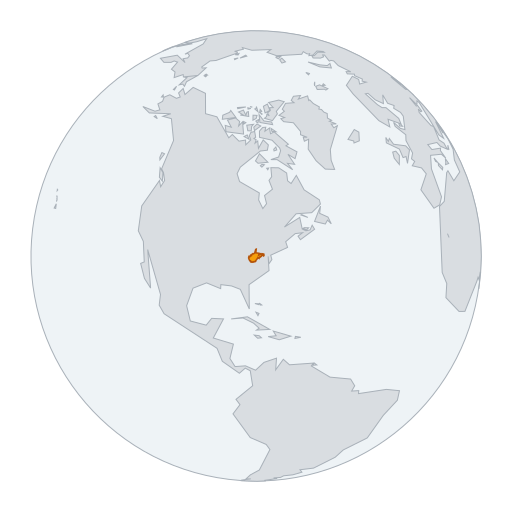 the Earth from above West Virginia, rotated 7°
{"feature_id": "USA-3554", "entity_name": "West Virginia", "entity_type": "State", "adm_level": 1, "iso_a3": "USA", "parent_name": "United States of America", "parent_adm1": "", "projection": "orthographic", "projection_center": [-80.323, 38.926], "detail": "fine", "context": "on_globe", "style": "filled", "palette": "amber", "viewbox_px": 512, "rotation_deg": 7, "n_neighbors": 0, "source": "natural_earth", "source_scale": "10m", "svg_char_len": 12105}
<svg xmlns="http://www.w3.org/2000/svg" viewBox="0 0 512 512"><g transform="rotate(7 256 256)"><circle cx="256" cy="256" r="225" fill="#eef3f6" stroke="#a8b0b8"/><path d="M268.7,480.9L268.2,480.8L272.6,480.1L268.6,480.3L278.0,477.8L273.1,478.6L277.1,473.9L285.4,468.0L293.4,446.4L289.1,441.8L272.4,436.9L252.4,415.5L258.2,405.5L253.6,400.7L268.5,385.2L264.3,370.6L259.0,368.6L253.8,374.4L235.4,364.6L228.6,352.4L171.8,324.5L165.9,316.6L165.9,305.8L147.7,262.8L155.3,300.7L148.0,291.8L142.4,277.4L145.8,275.5L142.4,255.2L136.1,245.3L136.5,220.2L151.0,192.8L152.9,198.9L156.1,192.2L154.0,184.4L151.7,181.0L160.1,151.4L155.3,130.0L146.5,128.7L154.1,125.2L132.7,127.0L125.5,121.4L138.1,124.6L142.8,122.7L140.1,117.0L144.4,113.9L145.5,109.5L150.8,106.5L157.8,109.2L161.4,107.4L159.3,103.6L163.3,98.6L165.8,104.4L173.1,96.3L186.0,100.7L188.6,120.9L200.2,122.6L214.6,142.0L217.7,138.3L225.1,144.1L231.5,142.2L232.3,146.9L236.7,141.4L234.7,137.5L235.9,133.9L239.5,132.6L241.2,138.2L239.6,139.6L242.0,140.6L241.3,144.1L243.7,141.6L245.3,148.9L249.0,139.9L254.7,144.2L254.4,149.6L247.5,151.3L229.6,169.7L227.2,176.6L230.6,184.1L251.6,193.0L251.8,200.1L257.0,208.1L260.1,202.8L257.1,194.9L264.2,187.7L259.7,179.4L261.9,175.4L260.0,166.5L267.8,165.7L276.3,169.9L278.2,177.5L282.0,179.8L286.2,171.1L295.7,184.5L312.0,192.5L313.6,196.6L306.0,206.2L290.7,209.2L280.7,223.8L294.7,212.4L298.6,223.6L302.4,224.9L306.5,223.5L308.0,218.6L310.9,222.3L298.1,234.4L295.3,231.2L299.4,227.2L292.2,229.0L283.7,238.2L286.3,243.6L270.5,253.4L272.2,257.6L269.7,262.4L268.1,254.9L270.7,268.9L252.6,285.3L255.8,309.4L244.5,291.0L235.4,288.7L224.6,288.7L224.9,292.7L210.2,288.7L197.4,295.6L193.2,313.8L198.7,328.5L215.0,330.7L219.6,323.3L231.4,322.4L223.6,342.6L244.3,346.2L242.6,360.9L248.7,368.3L258.9,366.3L269.5,369.4L276.9,360.6L288.8,354.9L289.4,366.6L295.7,355.2L302.5,359.9L326.0,355.3L324.3,358.4L344.2,367.2L364.9,366.6L369.8,372.8L367.4,378.4L374.4,377.1L374.5,380.1L401.7,372.5L414.8,372.2L413.9,381.9L401.8,398.6L388.6,423.0L366.3,437.8L359.1,446.1L339.0,459.5L325.7,462.8L327.9,465.0L319.2,468.7L310.2,470.8L307.3,472.8L300.5,474.1L304.1,474.3L291.6,477.7L293.2,478.0L284.5,479.5L268.7,480.9ZM49.8,233.0L51.4,228.5L51.4,233.2L49.8,233.0ZM51.7,224.5L51.3,226.3L51.5,224.5L51.7,224.5ZM51.4,222.4L51.6,223.9L51.2,222.6L51.4,222.4ZM50.9,220.2L51.3,221.2L51.1,221.2L50.9,220.2ZM254.9,317.4L278.6,327.2L265.5,329.5L267.9,327.3L261.9,323.0L250.7,319.1L239.0,321.5L254.9,317.4ZM50.7,215.4L50.7,214.1L51.2,214.6L50.7,215.4ZM264.8,304.0L260.7,303.3L264.7,303.1L264.8,304.0ZM150.1,180.1L153.5,184.6L153.9,193.1L150.5,189.6L150.1,180.1ZM150.0,164.8L152.8,165.7L148.9,172.3L148.5,169.7L150.0,164.8ZM139.3,128.8L141.3,131.7L137.9,130.0L139.3,128.8ZM144.7,109.5L142.8,109.7L144.2,107.4L144.7,109.5ZM255.9,167.6L257.9,167.1L257.2,169.0L255.9,167.6ZM253.2,164.4L251.0,167.1L249.3,165.9L250.8,164.3L253.2,164.4ZM153.7,100.8L156.5,97.2L154.8,101.2L153.7,100.8ZM256.4,161.5L246.7,163.7L243.9,161.7L247.0,154.1L256.4,161.5ZM158.9,95.5L165.7,87.4L162.1,87.1L176.3,83.9L165.8,91.5L164.3,96.3L162.4,94.3L158.9,95.5ZM232.5,136.9L234.8,140.9L229.6,138.9L232.5,136.9ZM228.8,136.5L211.1,136.3L209.5,130.1L215.8,131.2L211.1,124.5L219.0,121.5L223.4,124.5L222.9,129.0L226.3,124.5L228.8,136.5ZM183.0,83.7L185.7,82.3L184.2,84.3L183.0,83.7ZM236.0,132.4L232.6,132.7L230.9,127.3L237.5,125.6L235.9,127.8L236.0,132.4ZM205.9,124.4L205.9,120.3L212.3,116.6L213.2,114.6L219.1,120.9L205.9,124.4ZM238.1,128.4L240.9,124.9L244.9,126.4L239.2,131.7L238.1,128.4ZM227.7,126.6L227.3,124.0L229.7,124.9L227.7,126.6ZM260.7,130.2L256.6,130.4L255.4,127.5L260.7,130.2ZM241.7,123.6L240.3,123.1L239.4,122.1L242.0,120.2L241.7,123.6ZM223.2,118.0L225.9,117.5L221.1,115.2L225.7,112.7L228.8,117.5L229.4,114.3L230.8,113.6L231.8,118.4L223.2,118.0ZM241.8,115.3L247.4,121.0L255.2,121.1L256.5,123.6L243.6,123.0L241.8,115.3ZM235.9,116.6L239.9,116.3L239.4,119.4L236.4,121.6L235.9,116.6ZM227.8,109.3L219.9,112.0L219.5,110.9L227.8,109.3ZM244.2,114.7L242.8,113.3L244.8,114.3L244.2,114.7ZM232.9,110.2L230.2,111.2L229.8,109.9L232.9,110.2ZM242.3,110.0L244.1,111.7L242.1,113.2L242.3,110.0ZM238.1,109.6L238.2,107.6L240.4,112.6L236.9,110.2L238.1,109.6ZM233.0,108.8L231.9,108.4L234.2,108.6L233.0,108.8ZM248.8,103.8L252.0,109.8L247.6,112.9L245.1,106.5L248.8,103.8ZM436.4,121.0L436.2,120.9L433.5,117.4L433.3,117.2L433.0,116.8L438.0,123.2L436.2,121.3L438.7,124.2L447.7,137.7L455.7,151.8L462.7,166.5L468.6,181.6L473.5,197.1L477.1,213.0L479.7,229.0L481.0,245.2L481.2,261.5L481.0,246.3L480.5,244.3L480.2,252.3L479.0,250.0L478.3,254.0L470.1,285.5L464.3,286.3L449.6,274.2L448.7,260.1L442.8,249.6L432.1,184.5L436.2,178.8L435.1,150.0L436.1,148.0L443.2,157.2L448.0,147.7L441.2,136.5L438.6,126.0L432.3,116.3L417.8,100.7L427.9,116.3L422.8,113.6L409.1,96.2L399.2,83.8L396.9,82.4L397.3,86.3L389.1,80.1L396.8,87.6L398.1,87.0L402.9,92.0L402.0,92.8L399.2,90.4L400.5,93.7L413.8,105.2L416.5,105.9L423.6,118.5L428.8,121.1L432.8,126.7L425.5,124.5L421.7,121.3L412.9,124.5L417.6,128.9L426.1,126.4L426.1,128.8L432.4,135.7L427.6,132.4L417.0,134.8L419.5,148.1L432.9,174.6L432.1,182.9L426.8,186.9L411.6,170.2L415.0,153.7L409.6,148.4L400.1,147.4L402.0,142.8L398.5,140.6L398.9,134.7L390.8,123.2L389.9,117.4L378.3,110.4L376.3,106.6L383.7,111.7L388.4,112.4L385.1,99.2L382.0,95.9L374.7,92.6L374.7,89.8L368.1,88.4L362.1,80.6L363.9,89.2L355.4,86.5L347.3,80.9L344.8,81.7L358.1,91.0L363.1,93.4L366.9,92.9L380.9,102.0L383.8,107.2L370.4,104.2L373.1,111.6L361.5,106.7L332.7,83.4L324.9,75.6L329.7,65.9L336.4,68.2L337.9,72.7L344.2,70.0L340.0,69.5L340.0,67.4L331.9,65.0L331.5,63.5L324.4,64.1L323.0,62.0L327.6,61.6L314.4,57.0L309.3,52.9L306.5,52.7L305.0,53.6L299.5,48.2L297.7,48.3L298.8,50.1L295.9,51.7L288.6,52.5L287.1,50.6L289.5,50.0L292.4,46.2L299.0,45.5L297.7,44.8L291.5,45.1L288.1,49.6L284.1,50.7L284.8,48.1L284.3,49.1L281.8,49.1L278.0,47.4L276.8,50.2L252.1,54.7L242.2,52.5L245.6,49.3L226.8,52.3L217.1,50.8L218.2,52.3L209.8,55.5L212.7,55.9L212.6,56.9L192.5,66.8L186.6,68.0L179.1,75.0L179.6,76.0L183.6,75.3L176.3,83.9L162.1,87.1L161.6,84.8L153.0,88.9L153.2,83.2L149.3,80.9L154.5,73.1L151.0,72.4L148.0,74.2L141.0,75.0L137.0,71.4L153.4,66.3L162.0,72.7L159.6,69.1L164.1,67.7L165.6,65.3L163.6,63.2L160.9,64.3L177.7,52.0L180.6,46.3L170.9,50.6L164.2,52.7L159.0,52.8L162.2,51.2L177.0,45.0L192.3,39.9L207.9,35.9L223.7,33.0L239.8,31.3L255.8,30.7L271.9,31.3L287.9,33.0L303.8,35.8L319.4,39.8L334.7,44.9L349.5,51.1L363.9,58.3L377.8,66.5L391.0,75.7L403.5,85.8L415.3,96.7L426.3,108.5L436.4,121.0ZM443.3,210.5L445.4,214.1L443.3,210.5ZM380.7,68.4L380.1,68.0L377.5,66.3L376.2,65.5L379.8,67.8L378.3,67.6L371.3,63.1L368.0,61.7L370.9,63.8L384.1,72.3L386.3,72.3L392.1,76.5L393.0,77.1L380.7,68.4ZM326.7,355.0L329.6,356.7L325.9,357.5L326.7,355.0ZM263.9,334.7L268.8,334.7L271.4,336.5L267.7,337.4L263.9,334.7ZM304.9,331.0L310.4,331.2L304.7,333.1L304.9,331.0ZM282.3,328.4L300.4,331.3L289.3,336.3L277.9,334.5L285.7,332.7L282.3,328.4ZM262.8,311.8L266.0,312.6L265.2,315.0L262.8,311.8ZM267.7,303.9L266.5,304.2L264.9,302.3L267.7,303.9ZM299.3,222.9L300.4,222.0L304.8,221.6L303.0,223.9L299.3,222.9ZM322.7,208.6L326.8,214.9L322.6,211.7L320.9,215.8L309.9,214.6L313.9,198.6L314.0,205.9L322.7,208.6ZM296.3,209.3L302.8,211.4L295.5,209.8L296.3,209.3ZM379.0,136.2L382.0,134.9L386.0,138.7L387.1,147.7L381.3,142.1L379.0,136.2ZM385.3,132.4L371.6,127.8L370.4,122.5L373.4,126.2L374.0,123.1L378.9,128.3L391.1,128.4L395.4,131.9L395.1,145.6L392.8,139.0L390.0,140.4L385.3,132.4ZM339.0,129.9L333.1,129.1L338.1,118.5L343.0,120.5L344.5,129.1L339.5,131.9L339.0,129.9ZM263.7,148.2L261.1,149.5L260.6,147.9L262.4,145.4L263.7,148.2ZM258.9,130.6L274.5,141.1L272.3,143.0L284.0,147.6L282.9,154.6L275.3,151.2L283.2,160.3L275.9,160.2L281.9,165.9L265.2,157.8L259.0,158.5L266.4,155.0L267.6,148.5L266.3,145.9L257.8,139.1L245.0,137.8L244.2,131.6L247.0,127.6L250.0,127.0L249.6,131.1L253.8,127.3L255.5,132.9L258.9,130.6ZM280.6,91.3L278.9,95.1L287.7,90.8L289.4,95.3L290.3,94.5L294.3,97.7L300.7,100.3L300.5,102.5L303.1,102.6L305.8,104.9L309.3,105.9L310.1,110.4L314.5,112.1L312.4,113.3L319.6,115.1L314.6,115.9L317.6,119.2L320.9,116.7L316.8,141.3L318.9,151.8L323.5,160.5L314.2,161.3L304.0,154.1L294.8,143.6L294.0,133.7L290.0,136.2L288.4,132.3L292.3,131.9L285.4,130.2L285.1,127.0L276.9,119.2L267.1,119.3L263.9,116.7L267.5,115.1L261.7,113.6L266.5,108.9L264.2,107.1L266.7,100.9L275.1,99.2L272.0,97.3L273.7,92.9L280.6,91.3ZM249.8,102.1L259.5,98.5L265.2,99.4L258.5,110.0L259.9,112.3L255.8,119.6L247.6,118.3L249.5,116.3L249.5,114.0L252.1,115.3L250.0,112.6L252.5,109.8L251.6,107.1L255.0,106.6L249.8,102.1ZM433.0,142.2L433.0,140.1L432.0,136.2L436.0,140.7L433.0,142.2ZM426.1,144.0L425.5,141.4L430.6,145.3L430.6,147.7L426.1,144.0ZM420.7,137.0L425.0,141.0L422.7,140.2L420.7,137.0ZM382.7,109.4L381.5,106.8L383.1,107.2L385.7,109.4L382.7,109.4ZM307.0,81.2L305.1,82.8L303.7,82.1L296.5,83.3L294.6,80.3L298.2,78.4L307.0,81.2ZM422.0,105.4L426.4,110.4L426.2,110.8L424.7,108.9L422.0,105.4ZM433.5,125.9L432.9,122.6L434.6,127.1L433.5,125.9ZM303.8,78.1L301.0,78.8L301.8,76.9L303.8,78.1ZM292.9,78.2L293.1,75.9L293.5,80.1L292.9,78.2ZM284.0,57.1L296.1,58.5L303.6,58.3L305.9,55.9L307.9,60.2L296.3,60.5L284.0,57.1ZM256.2,55.0L254.2,57.6L251.6,56.6L251.7,55.8L256.2,55.0ZM257.5,56.5L261.6,59.7L258.2,61.3L255.6,58.4L257.5,56.5ZM283.1,67.8L286.8,68.3L286.1,69.8L283.1,67.8ZM148.0,58.3L149.8,57.6L140.9,62.7L138.3,64.1L140.7,62.4L145.3,59.8L148.0,58.3ZM147.9,58.9L152.4,56.5L165.9,52.6L166.5,53.2L151.5,58.1L154.9,56.2L153.1,56.5L147.9,58.9ZM184.4,81.5L185.6,82.2L183.1,82.6L184.4,81.5ZM214.4,57.1L213.8,58.6L210.9,58.8L214.4,57.1ZM210.5,62.9L214.2,61.6L210.9,63.7L210.5,62.9ZM222.5,58.8L216.0,61.5L221.3,57.9L222.5,58.8Z" fill="#d9dde1" stroke="#a8b0b8" stroke-width="1"/><path d="M249.0,257.9L249.1,258.0L249.3,258.0L249.5,257.9L249.8,257.8L249.9,257.7L250.0,257.3L250.0,257.2L250.2,257.3L250.3,257.2L250.3,256.9L250.2,256.6L250.3,256.4L250.4,256.2L250.5,256.0L250.5,255.9L250.7,255.6L250.8,255.6L251.0,255.7L251.1,255.8L251.2,256.0L251.3,256.1L251.4,255.9L251.5,255.9L251.5,255.7L251.5,255.4L251.4,255.4L251.6,255.3L251.6,255.2L251.7,254.9L251.8,254.7L252.0,254.6L252.2,254.4L252.3,254.3L252.5,254.1L252.8,254.3L253.0,254.2L253.3,254.1L253.6,253.9L253.7,253.7L253.8,253.6L254.1,253.4L254.3,253.2L254.4,252.9L254.4,252.7L254.5,252.6L254.5,252.4L254.5,252.1L254.7,251.9L254.8,251.7L254.7,251.5L254.8,251.5L254.8,251.4L254.9,251.2L254.9,250.9L255.0,250.8L255.1,250.7L255.1,250.4L255.1,250.2L255.2,249.9L255.1,249.7L254.9,249.5L255.0,249.4L255.4,249.2L255.4,252.9L258.6,252.9L258.5,254.9L259.0,254.5L259.2,254.4L259.3,254.2L259.5,254.2L259.7,253.9L259.8,253.8L260.0,253.8L260.4,253.6L260.5,253.5L260.6,253.4L260.7,253.2L260.8,253.3L260.7,253.3L260.8,253.4L260.9,253.5L261.0,253.5L261.3,253.6L261.6,253.6L261.7,253.4L261.8,253.3L261.7,253.2L261.8,253.2L262.0,253.1L262.3,253.0L262.4,252.9L262.5,252.9L262.8,253.0L263.0,253.2L263.1,253.3L263.3,253.2L263.5,253.2L263.5,253.3L263.4,253.4L263.5,253.6L263.7,253.8L263.8,253.9L263.8,254.0L263.9,254.3L263.6,255.0L262.1,253.9L262.0,254.0L262.0,254.3L261.9,254.4L261.8,254.6L261.8,254.9L261.8,255.0L261.7,255.2L261.6,255.3L261.4,255.5L261.2,255.8L261.0,256.0L260.9,256.0L260.9,255.9L260.5,256.5L260.4,256.5L260.1,256.3L259.9,256.5L259.8,257.0L259.7,257.0L259.5,257.4L259.5,257.6L259.2,257.9L259.2,258.0L258.5,257.7L258.4,257.4L258.1,257.3L258.0,257.6L257.9,257.7L257.9,257.9L257.9,258.0L257.7,258.2L257.7,258.3L257.6,258.5L257.4,258.8L257.2,259.0L257.2,259.3L257.0,259.6L256.4,260.4L256.3,260.5L256.1,260.9L256.2,261.0L256.3,261.1L256.1,261.3L256.1,261.5L255.7,261.8L255.5,261.7L255.4,261.7L255.3,261.8L255.0,261.9L254.7,262.1L254.5,261.9L254.4,261.9L254.3,262.0L254.3,262.3L254.0,262.4L253.9,262.4L253.5,262.5L253.2,262.6L252.9,262.4L252.8,262.2L252.7,262.2L252.7,262.3L252.6,262.5L252.4,262.5L252.2,262.7L251.9,262.7L251.7,262.6L251.5,262.4L251.3,262.4L251.2,262.3L251.2,262.2L251.0,261.9L250.9,261.8L250.8,261.7L250.9,261.4L250.7,261.4L250.4,261.3L250.4,261.2L250.2,261.0L250.1,260.9L249.9,260.8L249.8,260.6L249.7,260.5L249.5,260.2L249.4,259.9L249.4,259.7L249.2,259.4L248.9,258.9L249.0,258.8L249.0,258.7L249.1,258.3L249.0,258.1L249.0,257.9Z" fill="#f59e0b" stroke="#b45309" stroke-width="1.5"/></g></svg>